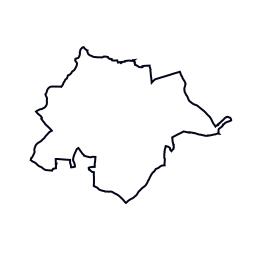 the district of Bicaz, Maramures, Romania, rotated 295°
{"feature_id": "2599482B90177123202958", "entity_name": "Bicaz", "entity_type": "district", "adm_level": 2, "iso_a3": "ROU", "parent_name": "Romania", "parent_adm1": "Maramures", "projection": "orthographic", "projection_center": [23.009, 47.453], "detail": "fine", "context": "isolated", "style": "outline", "palette": "ink", "viewbox_px": 256, "rotation_deg": 295, "n_neighbors": 0, "source": "geoboundaries", "source_scale": "gbopen_adm2", "svg_char_len": 5682}
<svg xmlns="http://www.w3.org/2000/svg" viewBox="0 0 256 256"><g transform="rotate(295 128 128)"><path d="M192.3,161.6L194.1,159.7L196.1,156.6L197.3,155.3L198.1,154.2L199.2,152.8L200.3,152.0L200.9,151.2L197.8,147.8L196.8,146.6L193.8,143.4L183.6,132.0L181.0,130.9L179.1,130.3L182.9,128.1L185.4,126.4L186.8,125.7L189.4,124.1L190.2,123.8L190.5,123.8L192.4,122.0L193.7,121.2L191.4,116.9L190.3,115.1L189.8,115.3L189.7,115.1L189.2,115.3L189.1,115.2L188.4,113.6L187.9,112.1L188.1,111.5L188.3,110.3L188.3,107.7L188.6,107.7L188.6,107.4L188.8,107.3L189.5,106.9L189.7,106.5L190.1,106.6L190.4,106.5L191.7,105.0L191.9,104.8L192.1,104.9L191.7,104.3L191.6,104.0L190.9,104.6L190.9,104.0L190.8,103.6L190.2,102.4L189.4,100.1L189.0,99.4L188.2,98.3L188.1,98.0L187.4,97.0L186.8,97.1L185.1,94.2L184.3,94.1L184.2,94.4L183.8,94.2L184.0,93.3L184.3,92.9L184.0,92.4L183.1,91.3L184.2,90.3L184.7,89.4L184.0,88.5L183.6,87.4L183.3,87.1L182.6,85.0L182.7,84.8L182.9,84.4L183.1,84.2L183.5,84.2L183.5,83.5L183.4,83.1L183.1,82.6L182.8,82.3L183.3,80.1L183.8,79.9L183.8,79.6L183.3,77.5L182.7,76.6L182.7,76.2L182.3,75.6L181.6,75.3L181.1,74.8L179.1,70.2L177.9,66.8L177.9,64.6L177.8,62.8L178.0,61.3L178.2,60.8L179.8,59.0L180.2,58.7L181.2,58.5L181.0,57.7L181.0,57.4L181.5,56.3L181.5,55.4L182.0,54.6L182.5,53.9L182.4,53.4L182.1,53.0L181.1,52.4L180.5,52.3L179.8,52.0L178.9,51.8L176.6,52.3L176.1,52.3L175.6,52.8L175.1,53.0L173.6,53.4L172.2,53.5L171.3,53.5L170.4,53.2L168.6,51.2L168.2,51.1L166.7,51.7L166.3,52.5L165.9,53.4L165.2,54.3L164.8,54.6L163.0,55.1L160.5,55.1L159.0,55.0L157.5,54.7L156.9,54.3L155.4,53.5L154.0,53.4L152.2,52.9L151.5,52.5L150.7,51.6L150.4,51.4L149.7,51.4L147.6,51.7L146.8,51.6L145.8,50.9L145.0,50.7L143.6,50.8L142.0,50.4L140.6,50.6L139.6,50.6L138.6,50.5L137.7,50.1L137.1,50.1L136.9,49.2L136.2,47.7L134.8,44.6L134.0,42.7L133.7,42.2L133.0,40.8L132.7,40.5L132.0,39.8L130.5,39.1L129.1,38.8L128.0,38.8L125.2,39.2L123.6,38.9L122.8,39.7L120.7,42.1L119.6,42.4L115.6,44.3L114.0,44.4L112.0,44.1L111.1,43.6L109.3,42.3L108.7,41.7L108.1,40.8L107.4,40.1L105.0,38.2L104.0,37.7L102.8,40.4L102.6,41.4L102.2,42.7L102.1,43.5L101.7,44.4L100.9,45.3L100.8,45.7L99.7,45.5L99.3,46.4L98.0,48.6L97.7,49.3L97.6,49.8L96.7,51.0L96.4,51.8L94.8,56.6L93.7,59.4L93.3,60.1L91.9,59.0L91.2,58.5L88.0,57.5L85.9,56.8L83.6,56.4L81.9,55.7L81.2,55.3L80.5,55.2L79.0,54.5L76.3,52.7L75.3,52.2L74.0,51.8L73.2,51.7L70.1,51.9L68.4,52.4L67.0,53.4L66.4,53.6L61.6,53.6L60.5,53.4L59.6,52.9L58.5,53.3L57.8,53.4L57.4,55.3L57.3,57.0L57.3,58.5L56.9,59.9L56.4,61.2L55.9,63.0L55.8,64.0L55.9,65.1L55.9,65.8L55.8,66.9L55.4,68.0L55.2,69.1L55.2,69.9L55.1,70.5L55.1,71.1L57.3,77.2L58.1,77.1L58.6,77.2L59.1,77.6L59.5,77.5L61.1,79.7L63.0,78.8L64.4,78.5L64.9,78.2L65.2,78.2L64.9,77.8L69.3,75.6L70.2,77.4L72.8,84.4L74.6,89.0L71.8,90.3L71.3,90.9L70.2,91.8L69.5,92.4L68.3,93.0L69.6,95.2L70.0,95.6L70.4,96.2L70.6,96.3L71.5,95.8L73.7,94.0L75.0,92.4L75.8,91.7L77.7,91.1L79.0,90.8L82.3,90.5L87.2,90.5L88.9,91.5L85.5,97.5L84.6,100.1L84.4,100.1L84.7,102.7L85.0,103.9L85.1,104.6L85.4,105.9L85.8,106.8L86.8,107.9L87.0,108.2L88.0,110.7L87.0,111.1L84.4,112.1L81.1,113.1L78.7,114.3L78.5,114.0L77.8,112.3L77.1,111.4L76.7,110.6L76.1,110.0L75.7,109.4L75.3,109.2L73.9,110.1L74.0,110.4L73.8,110.7L73.8,110.9L73.7,111.1L73.7,111.6L73.4,112.5L73.1,113.8L73.1,114.3L73.6,115.7L70.9,116.9L69.4,117.8L68.8,118.0L68.3,118.3L67.2,118.8L63.3,120.6L61.6,121.2L60.9,121.6L61.0,122.9L60.9,125.2L60.5,126.8L60.2,127.4L60.0,127.6L60.1,129.8L60.4,131.7L60.6,132.3L60.8,133.1L60.8,134.3L60.9,134.5L61.8,136.3L62.1,137.4L63.0,139.0L63.4,140.4L63.1,143.8L63.1,144.6L63.2,145.5L63.0,146.3L62.8,148.1L62.4,149.6L61.0,153.6L59.2,157.6L59.2,157.8L61.9,158.9L63.1,159.5L65.2,160.9L66.0,161.6L67.5,162.6L68.7,163.0L70.6,164.0L73.5,164.4L74.2,164.4L75.3,164.7L76.8,165.3L78.2,165.7L79.9,166.4L80.7,166.9L82.6,167.9L84.0,168.3L86.7,168.6L88.9,168.5L89.5,168.7L93.2,168.7L96.1,168.9L98.1,169.3L99.7,170.1L102.5,170.5L102.9,170.8L103.7,171.6L104.8,172.5L107.2,173.7L107.8,174.2L108.3,174.7L109.0,175.8L109.6,177.0L110.0,176.8L110.3,176.5L111.2,176.1L112.5,175.7L115.5,174.5L115.7,174.4L115.8,174.0L115.9,173.8L116.9,173.2L120.7,171.5L121.5,171.5L122.2,170.9L123.0,170.9L124.5,170.3L125.9,170.3L126.5,170.2L127.1,169.8L127.5,169.8L127.7,170.7L128.0,171.8L128.0,172.2L127.7,174.3L127.4,174.7L126.6,175.0L126.2,175.4L125.9,175.7L125.4,177.2L127.2,177.4L127.9,178.0L128.4,178.1L129.0,177.7L130.2,177.7L131.3,176.6L131.6,176.5L132.0,176.6L132.1,176.1L132.6,175.9L132.9,175.5L133.5,175.1L134.4,174.3L137.3,172.6L137.9,172.1L138.1,172.0L142.8,175.5L145.2,177.5L148.0,179.6L148.3,179.8L148.7,181.2L149.6,185.2L149.7,185.5L150.0,185.3L150.9,188.0L150.9,188.4L151.1,189.1L151.1,189.6L151.3,189.8L151.7,191.5L151.9,193.8L152.2,195.4L152.8,197.2L153.1,199.1L153.5,200.3L153.5,201.0L154.0,202.3L154.6,203.5L155.2,203.7L155.2,204.3L155.3,204.5L157.0,206.9L158.4,208.6L159.2,209.9L160.1,210.7L160.8,211.5L161.0,211.9L161.3,212.9L161.6,212.3L162.0,212.0L164.4,210.9L165.0,210.7L165.7,210.8L168.9,212.5L169.8,212.8L170.7,212.9L170.9,212.6L171.2,212.6L172.1,213.3L174.0,214.1L176.2,216.1L176.9,217.0L178.5,218.3L178.8,218.2L179.9,217.2L180.3,216.5L180.5,216.1L180.5,215.9L180.3,215.1L180.2,213.5L179.7,212.7L179.1,212.3L177.7,211.5L175.5,210.8L173.5,209.9L171.4,209.1L170.0,208.2L169.2,208.6L168.6,208.4L168.3,208.0L168.4,207.7L167.6,207.4L166.7,206.7L166.3,206.6L167.4,205.0L167.8,204.0L168.8,202.6L171.4,199.4L172.4,197.8L172.5,197.5L172.7,197.3L173.3,195.5L173.3,195.2L174.9,191.5L175.5,189.7L177.6,181.1L177.4,178.8L177.4,176.5L178.2,173.0L178.6,171.8L179.8,170.4L181.9,168.1L182.4,166.9L184.9,163.9L186.9,162.7L187.7,162.3L189.9,162.0L191.4,161.7L191.8,161.5L192.3,161.6Z" fill="none" stroke="#020617" stroke-width="2"/></g></svg>